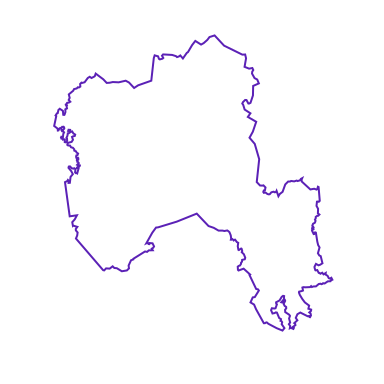 outline of Andrupenes pag., Dagdas, Latvia, rotated 261°
{"feature_id": "27541924B25782397713734", "entity_name": "Andrupenes pag.", "entity_type": "district", "adm_level": 2, "iso_a3": "LVA", "parent_name": "Latvia", "parent_adm1": "Dagdas", "projection": "mercator", "projection_center": [27.362, 56.147], "detail": "fine", "context": "isolated", "style": "outline", "palette": "violet", "viewbox_px": 384, "rotation_deg": 261, "n_neighbors": 0, "source": "geoboundaries", "source_scale": "gbopen_adm2", "svg_char_len": 5888}
<svg xmlns="http://www.w3.org/2000/svg" viewBox="0 0 384 384"><g transform="rotate(261 192 192)"><path d="M177.2,69.1L177.4,69.4L175.5,73.3L173.6,71.4L172.2,71.3L169.9,72.7L167.0,71.8L164.2,70.1L128.7,92.0L128.3,93.0L130.0,95.2L129.2,98.7L131.0,102.0L129.1,103.4L128.5,105.8L124.7,110.3L124.7,115.4L126.4,117.8L129.3,117.9L134.1,121.1L134.6,123.5L135.2,123.6L140.6,136.3L139.9,138.3L141.1,140.2L140.6,144.1L142.3,143.4L143.0,145.0L144.2,146.0L147.5,145.0L148.2,142.2L147.2,141.7L147.4,140.9L148.9,140.3L148.5,138.9L158.0,146.4L162.5,150.9L162.4,153.0L165.1,172.3L169.9,193.3L155.8,203.0L153.2,207.9L149.7,212.2L149.1,216.1L148.4,217.9L148.5,220.8L147.8,221.6L146.5,222.7L143.1,223.5L139.8,223.4L138.8,222.9L138.7,223.2L139.2,224.5L137.7,225.6L138.1,226.0L138.2,227.1L135.5,228.5L134.6,229.7L131.3,228.7L127.6,228.8L127.3,229.2L128.5,231.7L128.2,232.1L125.8,232.4L124.8,231.7L122.4,233.5L118.7,234.3L117.3,233.6L117.1,230.9L115.4,230.5L114.5,229.4L113.4,229.2L111.9,227.9L111.7,226.6L111.1,225.5L107.9,225.2L107.2,225.7L108.2,231.0L101.4,236.5L101.0,235.8L86.2,240.2L85.5,242.0L84.2,242.6L78.4,237.6L78.4,235.5L73.8,232.5L71.1,235.7L66.3,236.9L51.2,242.4L51.0,243.5L51.6,245.0L51.4,245.6L49.9,246.8L44.2,254.4L41.0,259.7L43.1,262.0L47.4,259.9L49.3,260.7L50.5,260.1L50.9,259.3L52.5,260.0L53.9,258.4L59.6,257.0L60.0,256.0L59.5,254.7L59.4,252.5L62.9,251.6L64.7,252.7L64.0,255.2L64.1,256.3L67.8,258.3L68.5,257.7L69.9,257.8L71.2,261.5L74.4,264.2L75.2,265.7L74.8,266.7L71.7,266.0L69.1,263.0L68.8,263.7L70.7,265.7L70.9,266.8L69.9,267.0L67.1,265.0L65.0,265.7L63.8,267.0L62.4,266.9L61.1,265.5L58.8,265.3L55.6,268.8L54.3,269.4L51.9,268.1L47.7,268.5L46.3,267.0L44.3,268.0L42.1,267.3L42.4,268.3L40.9,270.7L41.9,271.4L43.0,270.6L44.3,273.3L45.6,273.3L46.5,272.5L48.8,276.0L51.4,274.8L54.8,277.0L56.0,280.1L51.2,286.8L51.2,288.2L50.1,288.5L49.9,289.0L51.5,290.2L53.5,290.1L54.7,289.0L56.0,291.0L57.2,291.3L58.5,288.7L61.5,289.9L65.3,286.2L69.1,284.2L73.5,282.4L75.9,281.9L76.8,282.2L77.0,284.9L77.3,286.2L80.4,286.1L80.6,287.1L80.1,289.2L79.6,293.8L80.4,294.9L79.4,295.5L79.7,297.1L79.4,299.7L81.3,302.8L81.3,304.7L80.7,305.4L80.9,306.6L81.4,307.2L80.9,308.7L82.5,312.1L82.2,314.8L82.9,315.3L83.4,316.9L85.5,316.2L84.9,314.7L85.5,313.6L88.0,312.8L89.6,311.0L91.1,311.4L90.1,309.0L91.9,308.0L91.2,306.0L92.1,305.3L92.3,304.5L95.3,303.5L95.2,301.9L95.4,301.6L98.0,301.2L99.0,301.3L101.6,303.2L99.8,305.5L100.1,307.2L101.2,309.7L108.5,309.1L109.4,307.8L111.8,306.8L117.3,309.3L119.8,308.3L123.3,308.0L132.5,308.0L132.8,307.6L132.8,306.9L131.4,306.1L131.4,305.6L135.0,304.5L135.5,304.5L136.2,306.2L136.5,306.2L136.4,305.3L137.2,304.9L138.3,305.4L137.9,306.2L138.1,306.5L140.0,305.6L141.7,306.6L142.4,308.5L143.5,309.2L144.4,309.5L145.4,309.1L146.7,310.1L148.0,310.3L148.9,311.9L148.8,312.9L149.8,314.3L151.2,313.0L155.7,313.9L158.8,312.8L162.9,313.9L162.9,315.0L162.5,315.7L163.3,316.8L177.1,317.8L177.5,317.2L175.3,316.2L174.9,315.4L176.1,313.2L176.0,309.3L185.1,302.1L186.9,302.1L188.4,303.0L187.9,301.6L186.6,300.4L186.3,298.0L186.9,297.2L186.5,294.6L187.4,291.6L187.0,290.5L187.3,288.6L184.9,285.3L178.0,281.5L176.3,278.4L174.3,276.7L179.9,275.7L178.8,275.0L178.8,273.6L179.5,272.7L179.4,271.1L179.2,270.2L177.7,268.5L177.6,267.6L178.2,266.2L180.1,264.4L179.9,262.9L180.9,262.4L182.3,263.2L182.5,264.4L185.0,265.3L187.4,263.6L187.3,262.5L187.8,260.2L191.7,257.5L213.9,263.5L229.7,261.5L236.6,257.3L242.0,261.5L251.3,266.4L257.4,258.9L260.6,262.0L265.2,256.9L270.1,256.2L271.5,255.5L272.8,256.4L274.6,258.9L274.3,260.2L270.6,261.5L270.4,262.1L270.9,263.7L277.8,267.3L287.2,269.0L288.8,275.0L292.9,274.0L294.7,271.6L299.6,269.8L301.4,270.3L302.9,271.6L305.0,271.0L304.9,267.7L307.4,263.5L315.6,266.3L319.5,266.0L319.8,263.2L331.5,246.6L343.1,238.8L342.3,233.5L339.8,230.9L337.2,226.8L336.2,224.0L340.7,218.9L337.1,215.1L330.8,209.9L330.2,208.6L325.3,203.9L328.7,201.8L327.9,200.2L327.6,198.3L328.7,197.4L330.5,193.8L332.4,185.0L331.3,183.7L328.9,184.6L328.3,183.7L328.0,181.0L328.7,180.2L331.3,179.7L332.8,176.5L330.2,175.2L308.3,169.2L305.8,155.5L303.8,151.1L310.0,146.9L312.3,143.9L311.8,136.7L313.0,131.0L312.8,127.8L313.1,124.8L317.2,122.0L324.0,115.4L321.6,114.1L321.3,113.5L320.3,110.6L321.8,109.0L320.9,106.9L317.2,103.1L316.9,100.4L317.3,99.9L316.2,98.4L313.6,98.2L312.9,96.6L313.3,95.6L312.3,94.3L312.1,91.6L310.6,90.5L307.7,85.6L304.1,85.9L302.2,84.6L300.2,85.9L299.6,84.4L299.6,82.6L298.7,82.1L298.2,81.0L297.7,81.0L297.0,82.0L296.2,81.5L294.1,81.6L293.5,79.8L290.8,79.5L288.3,78.2L288.1,77.8L288.4,76.9L292.3,77.2L294.9,74.4L293.9,72.9L290.9,71.7L290.8,70.9L288.9,69.2L288.2,69.8L278.8,66.2L275.6,69.2L273.7,69.1L273.7,69.7L275.5,71.1L275.8,71.7L275.7,72.6L276.7,74.0L276.3,74.9L276.5,75.4L275.9,75.8L274.7,75.8L273.4,74.4L273.3,74.0L274.0,73.4L273.7,72.7L272.3,73.2L271.9,74.3L270.9,75.0L269.6,74.0L266.1,73.0L267.0,71.6L266.3,71.1L265.2,71.4L265.5,72.3L265.1,72.8L263.9,72.8L264.0,74.1L263.6,74.6L261.2,74.1L260.9,74.6L260.8,75.7L262.2,76.7L264.4,76.9L265.1,76.4L266.9,77.7L269.4,78.5L269.3,79.4L269.9,80.7L271.4,80.1L271.7,79.2L272.8,79.8L272.4,81.4L271.2,81.3L270.4,82.2L270.6,83.1L268.4,84.0L267.0,85.6L265.7,85.0L265.6,83.2L265.2,82.1L262.2,82.6L260.3,80.9L260.0,77.2L258.1,76.2L257.4,76.8L256.9,78.8L255.1,79.5L254.3,81.3L252.5,82.4L251.3,82.2L250.3,83.8L249.0,84.2L247.8,85.5L246.4,84.7L246.2,83.5L244.8,83.0L243.1,83.3L243.7,84.7L243.2,85.0L241.9,84.8L241.7,83.6L241.3,83.3L240.7,83.8L239.9,83.4L239.6,84.0L238.3,84.7L236.8,82.8L236.2,83.6L236.0,85.3L235.5,85.4L234.4,84.1L234.7,83.1L234.1,82.2L233.6,82.2L233.7,83.3L233.1,83.7L228.3,81.5L228.8,80.9L228.8,80.2L229.6,79.6L233.0,80.5L233.9,79.4L233.6,78.7L234.2,77.0L236.4,75.5L236.4,74.3L235.2,73.8L231.5,76.0L228.3,77.1L225.9,74.4L220.2,72.8L220.3,71.5L221.6,71.8L222.1,71.0L222.7,71.7L223.3,71.3L222.3,70.5L221.6,68.1L187.1,67.4L187.0,74.7L183.4,72.0L180.9,69.0L177.2,69.1Z" fill="none" stroke="#5b21b6" stroke-width="2"/></g></svg>